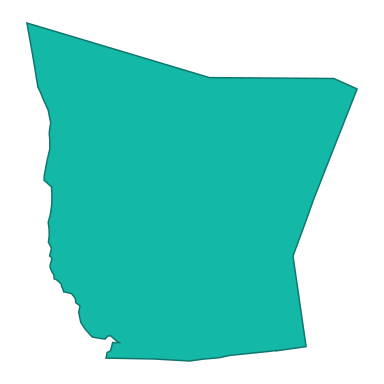 the district of Tamchekett, Hodh el Gharbi, Mauritania
{"feature_id": "47542326B49487198034252", "entity_name": "Tamchekett", "entity_type": "district", "adm_level": 2, "iso_a3": "MRT", "parent_name": "Mauritania", "parent_adm1": "Hodh el Gharbi", "projection": "robinson", "projection_center": [-10.754, 17.114], "detail": "fine", "context": "isolated", "style": "filled", "palette": "teal", "viewbox_px": 384, "rotation_deg": 0, "n_neighbors": 0, "source": "geoboundaries", "source_scale": "gbopen_adm2", "svg_char_len": 1062}
<svg xmlns="http://www.w3.org/2000/svg" viewBox="0 0 384 384"><path d="M37.9,87.1L40.3,92.0L43.3,99.3L48.2,110.2L49.4,116.4L50.7,122.9L49.7,128.7L49.2,133.7L49.8,139.5L49.8,149.0L46.8,161.9L44.2,176.1L44.1,180.3L51.5,186.9L51.9,194.3L51.8,204.2L50.3,214.7L48.2,222.3L49.1,229.4L49.2,235.8L49.2,236.0L48.4,242.2L51.5,248.1L49.6,256.0L50.8,256.7L51.9,258.8L50.2,264.7L50.1,266.7L50.6,268.8L51.5,270.9L51.7,271.5L53.8,274.6L53.9,276.4L54.2,279.0L55.7,279.3L58.1,281.0L61.2,284.0L61.8,286.8L62.7,288.5L63.2,290.2L63.7,291.9L65.4,292.1L71.5,293.6L75.3,298.3L75.7,302.7L80.0,305.8L78.7,312.4L79.4,315.8L80.8,322.5L85.1,329.1L92.2,337.0L97.7,338.0L105.1,339.1L108.0,335.9L110.8,335.9L114.6,339.4L119.2,342.7L112.7,342.5L110.5,350.8L107.1,352.5L106.8,354.2L106.4,356.4L106.0,358.1L154.3,359.0L189.7,361.0L202.5,359.2L219.3,357.7L229.8,355.4L269.1,351.4L275.9,350.5L275.9,350.9L306.1,346.6L293.0,256.1L306.8,218.6L313.7,199.1L357.1,89.0L357.1,88.9L355.7,88.3L333.7,78.5L209.4,77.6L26.9,23.0L32.6,54.8L37.9,87.1Z" fill="#14b8a6" stroke="#0f766e" stroke-width="1.5"/></svg>